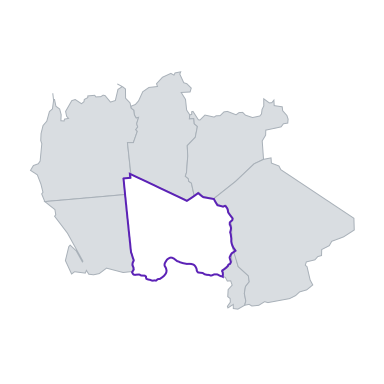 Libya shown with its bordering countries, rotated 175°
{"feature_id": "LBY", "entity_name": "Libya", "entity_type": "country or territory", "adm_level": 0, "iso_a3": "LBY", "parent_name": "Africa", "parent_adm1": "", "projection": "natural_earth1", "projection_center": [17.634, 26.339], "detail": "fine", "context": "with_neighbors", "style": "outline", "palette": "violet", "viewbox_px": 384, "rotation_deg": 175, "n_neighbors": 6, "source": "natural_earth", "source_scale": "50m", "svg_char_len": 6746}
<svg xmlns="http://www.w3.org/2000/svg" viewBox="0 0 384 384"><g transform="rotate(175 192 192)"><path d="M257.0,306.2L251.7,302.7L249.3,300.4L250.0,291.2L246.0,286.2L245.2,280.8L242.7,278.5L242.6,273.8L241.1,270.7L238.7,271.1L241.2,264.8L240.4,261.5L242.6,259.0L241.2,257.2L246.1,246.3L252.0,246.8L251.4,211.5L259.2,211.4L259.0,195.3L339.5,195.3L341.9,203.2L340.5,204.7L341.8,213.0L344.6,222.6L351.0,227.6L347.7,232.2L342.7,233.5L340.6,236.0L337.4,253.2L338.2,256.4L337.3,263.3L334.6,271.2L330.5,275.2L327.0,284.6L323.8,286.9L321.9,295.3L322.1,302.5L321.9,296.3L320.9,296.1L320.1,289.3L316.6,286.2L315.6,280.4L316.4,274.4L313.2,273.9L312.7,275.7L308.6,276.1L310.3,278.4L310.9,283.3L303.8,293.5L300.3,294.3L294.4,289.6L291.8,291.3L291.2,293.6L287.6,295.1L287.4,296.8L280.5,296.8L279.5,295.1L274.6,294.9L272.1,296.2L270.2,295.6L265.4,288.7L260.4,289.8L256.8,300.7L252.3,303.0L257.0,306.2Z" fill="#d9dde1" stroke="#a8b0b8" stroke-width="1"/><path d="M251.3,214.8L252.0,246.8L246.1,246.3L241.2,257.2L242.6,259.0L240.4,261.5L241.2,264.8L238.7,271.1L241.1,270.7L242.6,273.8L242.7,278.5L245.2,280.8L245.2,282.8L240.8,284.1L237.3,287.4L232.3,296.2L225.8,299.9L217.2,300.1L217.9,303.0L211.4,308.9L202.7,312.0L199.8,310.0L198.5,312.1L192.8,312.7L193.9,310.5L190.7,301.6L187.7,300.3L183.7,295.6L185.2,291.8L194.1,292.1L190.4,284.8L190.2,274.1L187.5,269.0L188.2,265.2L183.8,265.0L183.8,259.8L180.9,256.8L184.0,246.2L192.7,238.6L193.1,228.2L195.8,211.8L197.3,208.3L194.5,205.6L194.4,203.0L191.8,200.9L190.2,188.3L197.1,183.9L251.3,214.8Z" fill="#d9dde1" stroke="#a8b0b8" stroke-width="1"/><path d="M190.2,188.3L191.8,200.9L194.4,203.0L194.5,205.6L197.3,208.3L195.8,211.8L193.1,228.2L192.7,238.6L184.0,246.2L180.9,256.8L183.8,259.8L183.8,265.0L188.2,265.2L187.5,269.0L185.5,269.4L185.3,272.0L184.0,272.2L179.4,263.4L177.8,263.0L172.4,267.5L163.4,264.7L161.4,265.8L157.3,265.6L153.2,269.0L149.7,269.2L141.4,265.1L138.2,267.0L134.6,266.9L132.1,263.9L125.2,260.9L117.8,261.8L116.0,263.6L115.0,268.2L113.0,271.4L112.4,278.6L107.2,274.0L104.7,274.0L102.4,276.4L102.6,270.9L94.7,269.0L94.6,265.1L90.8,259.9L89.9,256.2L90.6,252.3L95.0,252.0L97.6,249.1L113.1,247.2L113.7,242.2L117.6,236.8L117.9,218.3L127.6,214.7L147.6,198.8L171.0,183.4L181.7,186.9L185.4,191.3L190.2,188.3Z" fill="#d9dde1" stroke="#a8b0b8" stroke-width="1"/><path d="M155.0,128.2L152.5,113.7L143.2,103.6L142.8,97.6L147.0,93.1L148.7,86.4L147.9,78.7L149.4,74.6L156.5,71.3L161.0,72.3L160.7,76.4L166.3,73.4L166.7,75.0L163.4,78.9L163.3,82.6L165.5,84.6L164.5,91.6L160.1,95.7L161.2,100.1L164.6,100.2L166.2,104.0L168.7,105.3L168.2,111.5L158.3,119.5L158.3,126.3L155.0,128.2Z" fill="#d9dde1" stroke="#a8b0b8" stroke-width="1"/><path d="M33.0,151.7L33.7,140.0L44.9,134.1L57.1,130.7L59.9,126.6L67.8,123.4L68.5,117.4L72.3,116.7L75.5,113.7L84.2,112.4L85.5,109.2L83.9,107.5L82.0,94.1L79.8,88.9L86.3,84.5L93.5,83.1L97.8,79.8L104.1,77.3L126.0,75.2L129.2,76.4L135.4,73.3L142.3,73.2L144.9,75.1L149.4,74.6L147.9,78.7L148.7,86.4L147.0,93.1L142.8,97.6L143.2,103.6L152.5,113.7L157.0,135.3L155.5,153.8L156.0,158.9L153.2,162.2L157.1,168.1L157.3,171.6L159.6,176.1L162.8,174.6L168.1,178.4L171.0,183.4L147.6,198.8L127.6,214.7L117.9,218.3L110.3,219.1L110.4,213.9L103.1,210.3L101.6,206.5L33.0,151.7Z" fill="#d9dde1" stroke="#a8b0b8" stroke-width="1"/><path d="M339.5,195.3L259.0,195.3L258.1,136.8L256.0,130.3L257.6,125.3L256.5,121.9L258.8,118.0L267.6,117.8L283.8,123.6L291.5,118.8L297.3,118.1L302.0,119.1L304.0,123.1L305.4,120.5L315.9,122.8L319.1,120.8L324.1,134.7L319.5,148.3L318.0,149.7L312.5,143.5L307.3,131.9L306.7,132.6L319.7,161.9L331.0,179.8L329.7,181.2L330.1,186.4L339.5,195.3Z" fill="#d9dde1" stroke="#a8b0b8" stroke-width="1"/><path d="M155.2,128.8L156.0,128.4L157.1,127.9L157.7,127.5L158.0,127.2L158.9,126.0L159.3,125.3L159.9,124.3L160.2,123.7L160.2,123.1L160.1,122.3L159.7,120.6L159.4,118.8L159.7,118.2L159.9,117.8L160.5,117.0L160.7,116.9L161.8,116.6L162.3,116.1L162.6,115.4L162.7,115.1L163.2,114.7L163.8,114.3L164.2,113.8L165.4,113.1L166.4,112.4L167.7,111.7L168.7,111.2L168.9,110.7L168.9,110.3L168.4,109.3L168.4,108.2L168.4,107.2L168.5,106.7L168.8,105.2L168.8,104.9L169.8,105.5L170.8,105.7L173.8,107.6L174.8,107.8L177.0,108.0L179.5,107.2L180.5,107.1L182.1,107.8L182.8,108.0L184.1,108.1L186.2,108.8L186.7,109.0L187.9,110.0L188.5,110.4L192.9,111.3L193.5,112.0L194.1,113.2L194.1,114.7L194.4,115.8L195.0,117.3L195.6,118.3L196.3,119.1L197.2,119.7L199.1,120.4L201.2,120.7L203.4,120.8L207.2,121.9L210.4,123.2L211.2,123.8L212.8,124.4L215.9,127.3L217.7,128.3L219.0,128.5L220.1,128.3L222.1,127.3L222.9,126.7L224.8,124.2L225.5,122.9L225.7,121.9L225.7,121.0L225.4,120.1L224.9,119.3L224.5,118.1L224.2,116.0L224.5,114.5L224.9,113.6L225.5,112.7L227.1,111.0L228.8,109.8L231.6,108.2L233.3,108.2L234.0,108.0L235.4,106.9L236.0,106.9L236.7,107.2L239.0,107.1L240.0,107.4L241.3,108.1L242.8,108.5L243.9,108.9L245.0,109.5L245.3,110.9L245.2,111.3L245.2,111.8L246.4,112.8L249.7,113.2L250.4,113.5L251.3,114.2L251.9,114.4L254.3,114.5L255.6,114.4L256.9,114.6L257.4,114.9L257.9,115.4L258.5,116.8L258.7,117.3L258.5,117.5L258.1,118.0L257.9,118.4L257.3,119.1L256.8,119.9L256.9,121.0L257.0,122.1L257.4,123.2L257.7,124.4L257.6,125.2L257.4,126.2L257.1,127.0L256.1,128.6L256.0,129.0L256.1,129.6L256.7,131.6L256.8,132.2L257.2,134.1L257.5,135.7L257.9,136.9L258.0,137.3L258.0,139.1L258.1,140.9L258.1,142.7L258.1,144.5L258.1,146.4L258.2,148.2L258.2,150.0L258.2,151.8L258.3,153.6L258.3,155.4L258.3,157.2L258.4,159.1L258.4,160.9L258.4,162.7L258.4,164.5L258.5,166.3L258.5,168.1L258.5,170.0L258.6,171.8L258.6,173.6L258.6,175.4L258.6,177.2L258.7,179.0L258.7,180.8L258.7,182.7L258.7,184.5L258.8,186.3L258.8,188.1L258.8,189.9L258.8,191.7L258.9,193.5L258.9,195.3L258.9,199.4L259.0,203.4L259.0,207.4L259.1,211.4L259.0,211.5L257.3,211.5L255.6,211.5L254.0,211.5L252.3,211.5L252.3,212.5L252.3,213.5L252.3,214.5L252.3,215.5L249.0,213.6L245.8,211.7L242.5,209.8L239.2,207.9L235.9,206.0L232.7,204.1L229.4,202.2L226.1,200.2L222.9,198.3L219.6,196.4L216.4,194.5L213.1,192.6L209.9,190.7L206.6,188.8L203.4,186.9L200.2,185.0L197.9,183.6L195.5,184.9L193.6,185.9L191.1,187.3L188.2,189.0L186.0,190.3L185.9,190.3L183.6,188.0L181.8,186.3L181.0,185.8L177.6,184.9L174.3,184.0L170.8,183.1L170.2,181.6L169.5,180.0L168.5,178.0L167.9,176.8L167.8,176.6L165.1,175.7L162.2,174.7L160.6,175.3L160.3,175.2L159.8,174.9L159.3,174.4L159.1,173.7L158.4,172.8L157.9,170.7L157.8,169.0L157.7,168.4L156.3,166.0L155.0,163.9L154.1,162.5L153.9,161.8L154.1,161.0L154.4,160.3L155.7,159.5L156.9,158.5L157.1,157.9L157.2,156.1L156.8,155.6L156.6,154.6L156.3,153.1L156.3,152.2L156.8,150.4L157.5,148.6L157.1,146.5L156.9,142.3L157.2,139.0L157.0,137.8L157.0,137.3L156.6,135.8L156.1,134.2L155.9,133.6L155.3,132.3L154.3,130.7L153.8,129.7L154.6,129.2L155.2,128.8Z" fill="none" stroke="#5b21b6" stroke-width="2"/></g></svg>